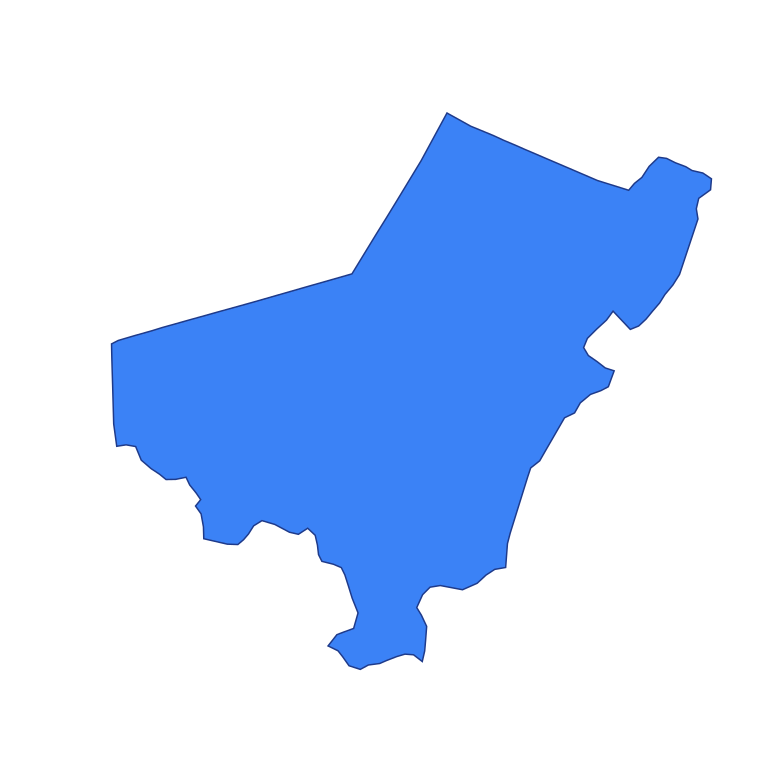 São Gonçalo dos Campos, Bahia, Brazil (orthographic projection), rotated 283°
{"feature_id": "56859067B25678921595357", "entity_name": "São Gonçalo dos Campos", "entity_type": "district", "adm_level": 2, "iso_a3": "BRA", "parent_name": "Brazil", "parent_adm1": "Bahia", "projection": "orthographic", "projection_center": [-38.961, -12.408], "detail": "fine", "context": "isolated", "style": "filled", "palette": "blue", "viewbox_px": 768, "rotation_deg": 283, "n_neighbors": 0, "source": "geoboundaries", "source_scale": "gbopen_adm2", "svg_char_len": 1827}
<svg xmlns="http://www.w3.org/2000/svg" viewBox="0 0 768 768"><g transform="rotate(283 384 384)"><path d="M122.2,483.7L133.0,483.7L143.6,482.2L157.4,480.1L167.2,472.4L173.5,466.2L187.4,469.0L196.4,474.6L200.3,484.2L201.2,506.8L210.8,519.6L220.8,526.4L228.3,533.6L232.6,543.8L256.2,540.2L267.0,540.5L325.7,544.9L335.2,545.8L344.2,553.0L354.8,556.2L391.7,567.5L398.7,576.2L409.8,579.5L420.3,587.5L426.3,596.8L431.8,603.2L439.9,604.2L448.6,605.3L449.4,596.0L453.7,586.7L457.7,576.7L464.4,570.3L474.2,571.9L485.2,578.8L496.3,586.4L506.5,590.8L492.6,611.7L497.8,619.1L506.1,624.7L515.6,629.4L524.9,634.3L534.4,637.6L545.4,643.2L557.2,647.3L615.4,652.8L625.0,648.9L635.7,648.9L646.7,658.5L657.6,656.9L661.3,647.2L661.3,636.1L663.6,629.2L665.1,618.2L667.4,608.6L666.7,600.5L655.7,593.4L643.3,588.8L635.8,582.9L627.8,578.8L630.3,546.2L635.0,520.2L644.4,467.8L645.9,460.1L648.4,445.7L650.7,434.7L654.7,410.5L662.2,384.4L609.8,369.9L564.6,355.0L546.6,349.0L529.7,343.2L484.1,328.0L460.5,285.3L433.7,237.0L417.3,206.8L401.1,177.1L389.0,155.0L383.8,146.1L375.2,130.4L370.4,121.9L366.6,115.2L361.8,109.5L351.1,112.2L339.5,115.2L321.2,120.0L284.3,129.6L263.2,137.6L266.7,146.4L267.2,156.1L255.2,164.6L249.1,176.2L245.6,185.6L241.9,193.1L244.2,202.4L248.6,212.1L241.9,217.4L235.6,225.4L230.1,231.4L222.7,227.8L216.3,235.0L204.2,240.2L192.7,243.2L192.7,252.4L192.7,267.3L194.7,277.7L200.7,282.2L207.4,285.7L216.5,288.9L223.4,295.8L222.6,309.2L218.3,325.2L218.3,334.4L226.3,342.1L221.1,351.0L212.0,355.4L203.0,358.6L197.2,363.4L197.0,375.2L195.5,383.7L189.2,388.8L179.1,394.8L168.1,401.2L155.1,410.2L139.0,409.4L133.5,400.9L129.2,394.5L116.2,388.4L113.7,399.2L109.1,404.9L101.6,413.3L100.6,425.1L106.7,432.0L110.7,442.7L115.0,448.5L121.2,457.6L125.5,465.2L126.8,473.7L122.2,483.7Z" fill="#3b82f6" stroke="#1e3a8a" stroke-width="1.5"/></g></svg>